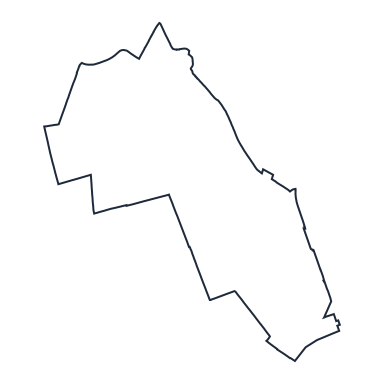 IJsselstein, Utrecht, Netherlands
{"feature_id": "6326949B52103687367672", "entity_name": "IJsselstein", "entity_type": "district", "adm_level": 2, "iso_a3": "NLD", "parent_name": "Netherlands", "parent_adm1": "Utrecht", "projection": "albers", "projection_center": [5.028, 52.026], "detail": "fine", "context": "isolated", "style": "outline", "palette": "slate", "viewbox_px": 384, "rotation_deg": 0, "n_neighbors": 0, "source": "geoboundaries", "source_scale": "gbopen_adm2", "svg_char_len": 5544}
<svg xmlns="http://www.w3.org/2000/svg" viewBox="0 0 384 384"><path d="M294.9,361.0L305.7,347.2L317.1,340.0L319.8,338.9L322.0,338.0L334.2,332.9L336.2,332.1L339.2,330.9L337.3,325.7L339.8,324.8L338.2,320.4L336.2,321.1L333.8,314.1L333.2,314.4L332.6,314.5L328.1,316.0L327.9,316.1L327.2,316.3L326.4,316.5L325.2,317.0L324.7,317.3L324.1,317.5L324.5,316.8L324.8,315.9L325.8,313.6L326.5,312.0L326.6,311.8L331.2,301.4L330.4,298.2L330.2,297.4L329.9,296.7L328.0,291.1L327.0,288.9L324.7,282.2L324.4,282.3L323.4,280.5L323.9,280.2L324.0,280.2L322.7,275.6L320.5,269.6L320.4,269.7L317.0,259.9L314.3,252.3L314.0,251.5L313.8,251.1L313.4,250.9L313.8,250.7L313.6,250.1L312.9,249.7L311.0,249.1L310.8,248.9L309.1,244.0L303.7,228.5L305.0,228.6L304.5,227.2L304.9,227.3L303.0,221.2L301.0,215.4L298.4,207.7L297.8,206.0L296.7,202.3L295.8,197.5L295.6,194.9L295.5,194.1L295.6,189.5L295.3,189.5L295.3,188.9L293.0,189.4L292.4,189.7L291.8,190.1L290.0,191.5L289.8,191.3L288.1,189.8L282.8,186.3L279.3,184.2L276.5,182.4L276.0,181.9L275.7,181.5L273.9,180.5L273.8,180.4L271.8,179.1L271.9,178.8L273.1,174.8L263.1,169.3L261.9,173.4L261.3,173.0L261.2,172.8L261.0,172.7L259.2,171.3L257.9,170.3L256.9,169.4L255.5,167.5L253.9,165.0L249.2,158.0L248.2,156.6L247.8,156.1L245.7,152.9L244.2,150.7L243.0,148.6L241.1,145.5L240.9,145.2L239.0,141.9L238.1,140.1L237.2,138.3L236.9,137.4L236.7,137.0L236.2,135.8L235.8,134.8L235.0,132.6L234.0,130.2L233.3,128.7L233.1,128.0L232.6,126.7L231.9,125.4L230.4,121.4L230.1,121.0L228.8,117.9L227.9,115.8L227.1,114.5L226.8,113.7L226.2,112.4L225.9,111.7L225.8,111.4L224.3,109.3L221.7,105.1L219.6,102.3L218.6,101.0L218.2,100.6L217.8,100.2L217.1,99.9L216.6,99.6L215.8,99.0L214.8,98.2L214.0,97.3L211.8,94.8L211.5,94.4L210.7,93.5L210.0,92.4L208.7,90.9L207.0,88.9L206.0,87.8L205.3,86.9L202.9,84.5L201.5,82.8L200.4,81.8L199.1,80.2L197.5,78.5L196.2,77.0L196.2,77.3L194.5,75.4L194.3,74.9L194.1,74.7L193.3,74.1L193.1,73.9L192.8,73.2L192.6,72.8L192.2,71.0L192.1,70.8L191.8,70.4L191.2,69.7L190.9,69.2L190.8,68.9L190.8,68.7L190.9,68.2L191.9,66.9L192.3,66.3L192.5,65.8L192.8,64.9L192.9,64.3L192.9,63.8L192.8,62.6L192.7,61.7L192.6,60.1L192.6,59.6L192.4,58.6L192.2,57.7L192.1,57.3L189.9,55.2L189.2,54.7L188.9,54.6L188.7,54.5L189.2,50.8L188.7,50.4L188.3,50.0L187.3,49.3L186.8,49.0L186.2,48.8L185.8,48.7L185.2,48.6L184.4,48.6L183.8,48.6L183.7,48.6L179.4,49.2L179.3,49.5L178.6,49.5L178.0,49.5L177.2,49.7L176.7,49.8L176.6,49.5L176.4,49.6L176.1,49.6L175.3,49.5L174.6,49.3L173.7,49.1L172.8,48.8L172.5,48.2L172.4,48.2L172.2,47.8L171.4,46.7L170.6,45.2L170.3,44.2L167.4,38.4L165.2,34.1L162.2,27.5L161.1,25.2L160.4,23.8L160.0,23.4L159.3,23.0L158.6,23.9L157.4,25.5L157.2,25.6L157.2,25.8L156.0,27.5L153.5,31.9L153.6,32.0L151.4,35.8L151.5,35.8L150.5,37.5L149.4,39.6L148.9,40.4L148.9,40.7L147.9,42.6L145.1,47.6L144.8,47.7L144.5,48.5L144.2,49.3L140.5,56.0L139.1,58.8L136.8,57.5L134.6,56.1L132.7,54.8L130.9,53.6L128.1,51.5L127.2,50.9L126.6,50.6L125.9,50.4L124.1,50.1L123.8,50.0L123.2,50.0L121.7,50.2L121.2,50.4L120.6,50.6L120.0,50.9L119.1,51.6L118.0,52.6L117.6,52.9L117.2,53.3L115.0,55.2L114.3,55.8L113.4,56.4L112.5,57.1L109.4,58.9L108.4,59.4L106.9,60.1L100.7,62.4L99.4,62.9L97.7,63.4L95.1,64.2L93.3,64.6L92.5,64.6L89.4,64.7L87.3,64.6L86.1,64.4L84.8,64.1L84.1,63.9L83.6,63.7L81.8,62.9L79.9,64.8L79.7,65.2L79.5,65.6L79.4,66.2L79.2,66.2L78.0,69.7L77.5,70.9L77.3,71.4L77.0,72.0L76.9,72.4L77.0,72.4L77.0,72.6L76.9,72.8L76.9,73.3L76.8,73.8L76.2,75.5L75.1,78.8L74.4,80.5L73.3,83.2L71.7,87.6L68.6,96.5L68.5,97.0L68.4,97.4L67.7,99.0L67.3,100.0L67.0,100.9L66.3,102.9L65.8,104.5L64.2,109.0L62.2,114.5L59.2,122.9L58.8,124.1L58.6,124.1L57.8,124.6L55.5,124.8L48.7,125.9L46.5,126.3L45.0,126.4L44.2,126.5L45.2,130.9L47.5,140.8L48.8,146.9L48.9,147.2L48.9,147.3L48.9,147.2L50.3,153.6L50.7,155.1L51.1,156.6L52.4,161.9L53.2,164.8L53.4,165.3L53.5,165.8L54.3,168.9L55.3,173.0L55.9,175.0L56.5,177.4L56.8,178.4L57.9,182.3L58.4,184.2L72.8,180.0L74.7,179.5L90.8,174.8L91.2,179.3L91.3,181.6L91.3,181.9L91.5,183.3L91.5,183.7L91.5,183.8L91.6,185.5L91.6,185.9L91.7,187.8L91.9,189.8L92.1,193.0L92.1,193.3L92.2,194.4L92.2,194.7L92.4,197.1L92.5,197.5L92.6,199.2L92.6,199.6L92.6,199.9L92.6,200.3L92.7,200.6L92.7,200.9L92.8,202.6L92.8,202.8L93.0,204.4L93.0,204.6L93.1,205.0L93.1,205.4L93.1,205.5L93.2,206.5L93.5,210.5L93.6,210.9L94.2,213.6L95.4,213.2L97.1,212.8L97.9,212.5L99.0,212.2L100.0,211.9L105.1,210.5L106.4,210.1L108.4,209.5L111.6,208.6L112.7,208.4L113.6,208.2L116.2,207.6L126.5,205.1L126.6,205.8L133.5,204.1L140.0,202.3L143.3,201.4L151.3,199.3L155.9,198.1L168.9,194.7L168.9,194.9L169.0,195.0L172.5,203.7L173.0,205.2L174.1,208.1L175.7,212.3L177.1,215.6L182.3,229.2L184.9,236.0L187.4,242.5L188.1,244.6L189.1,247.2L189.3,247.2L189.7,247.0L190.2,248.0L190.5,249.1L191.1,250.1L191.2,250.4L191.5,251.1L191.8,252.1L192.5,254.3L193.2,256.0L194.0,258.4L195.0,260.9L196.3,264.4L196.7,265.8L197.8,268.6L199.5,273.0L200.3,275.1L200.7,276.2L203.3,283.1L203.8,284.3L204.5,286.2L204.6,286.4L204.8,286.9L205.4,288.4L205.6,289.0L206.3,290.9L207.4,293.7L208.0,295.2L208.6,296.8L209.8,300.0L210.1,300.0L210.4,300.0L210.4,299.9L214.5,298.5L227.1,293.8L234.5,291.1L235.1,291.4L235.5,291.7L235.9,292.2L238.2,295.3L242.3,300.4L243.6,302.3L247.9,307.8L249.3,309.5L252.0,313.0L254.4,316.0L255.1,317.0L257.6,320.3L259.9,323.3L260.5,324.0L264.1,328.6L265.9,331.1L268.0,333.9L269.1,335.2L269.9,336.4L269.0,337.9L267.9,339.4L267.0,340.4L266.4,340.9L267.9,342.1L269.9,343.7L277.4,349.2L277.5,349.4L277.5,349.5L277.4,349.6L280.5,351.6L283.4,353.5L286.5,355.6L290.1,358.2L290.6,358.1L294.9,361.0Z" fill="none" stroke="#1e293b" stroke-width="2"/></svg>